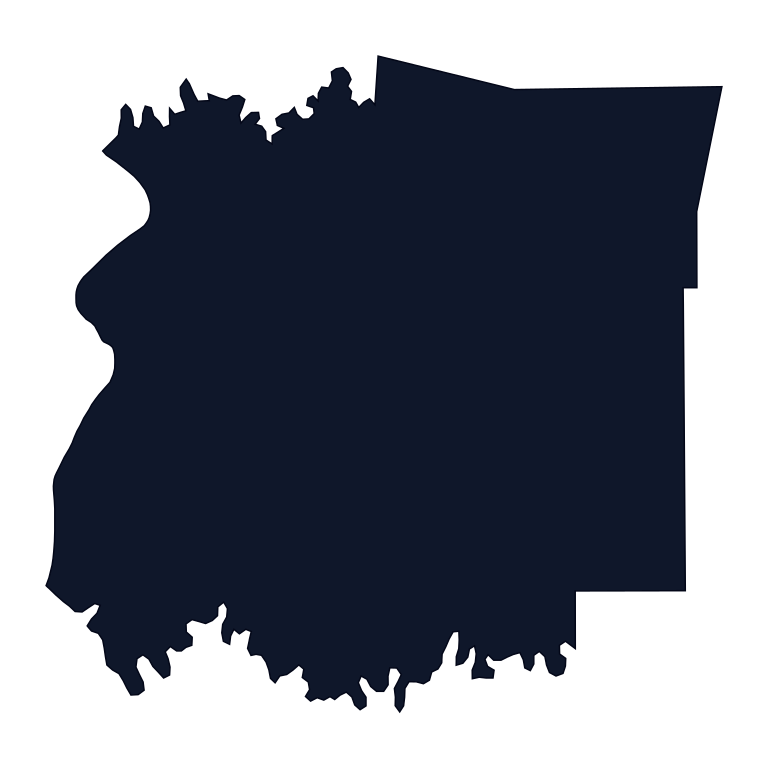 El Dorado, Misiones, Argentina
{"feature_id": "61730980B34474057540122", "entity_name": "El Dorado", "entity_type": "district", "adm_level": 2, "iso_a3": "ARG", "parent_name": "Argentina", "parent_adm1": "Misiones", "projection": "equal_earth", "projection_center": [-54.53, -26.321], "detail": "fine", "context": "isolated", "style": "filled", "palette": "ink", "viewbox_px": 768, "rotation_deg": 0, "n_neighbors": 0, "source": "geoboundaries", "source_scale": "gbopen_adm2", "svg_char_len": 5340}
<svg xmlns="http://www.w3.org/2000/svg" viewBox="0 0 768 768"><path d="M575.3,648.6L575.2,590.9L580.1,590.9L582.0,590.9L685.3,590.7L684.0,399.2L683.3,304.6L683.1,287.7L696.9,287.7L696.7,211.6L719.4,99.0L721.9,86.7L514.4,89.6L378.1,56.1L377.6,64.2L376.4,82.1L374.9,104.8L369.6,98.8L363.7,102.3L358.7,107.5L355.7,102.1L350.5,99.6L350.2,99.5L351.3,92.7L351.5,91.4L348.6,87.6L347.6,86.2L349.9,81.6L351.0,79.4L348.2,72.9L343.0,67.6L336.2,68.8L331.4,72.0L332.4,80.8L328.7,88.0L321.7,87.1L318.4,93.3L318.1,101.0L313.0,95.8L308.0,98.4L306.8,105.4L309.6,106.4L313.5,107.7L314.2,113.6L311.8,116.0L308.9,118.9L302.6,119.3L297.0,114.3L294.3,107.4L288.9,113.0L282.0,114.3L275.9,118.8L277.1,124.1L277.3,125.4L283.9,128.3L281.1,130.1L278.3,131.9L272.3,135.6L272.2,137.3L272.2,141.4L272.1,144.0L266.3,140.2L266.0,140.0L265.6,131.6L265.0,130.8L261.7,126.2L256.7,124.7L255.1,124.3L259.5,118.5L259.2,117.0L258.5,112.4L251.3,112.6L245.7,117.6L241.0,123.1L240.7,121.8L239.1,115.1L242.2,107.6L242.5,106.8L244.8,99.5L239.2,95.6L232.8,95.9L226.6,100.0L219.5,98.1L213.7,95.9L208.1,93.8L209.3,100.7L209.0,100.7L204.1,100.9L198.4,101.2L197.8,101.3L193.9,94.1L193.8,93.8L189.6,84.3L189.3,83.6L188.4,82.4L186.2,79.1L180.3,87.3L180.3,88.3L180.6,95.7L183.5,102.8L185.9,110.8L183.9,111.4L180.8,112.3L175.3,114.1L174.7,114.3L173.8,113.2L169.6,108.3L169.5,116.6L169.9,124.9L164.9,127.2L163.2,128.0L161.2,124.8L159.0,121.3L155.3,117.7L153.6,116.1L151.5,108.9L151.2,107.8L145.3,106.1L142.8,113.5L142.4,122.0L139.2,129.1L138.4,128.7L133.5,126.3L132.9,117.6L130.7,110.0L130.5,109.4L125.7,104.4L121.2,109.8L121.3,118.2L119.5,126.6L118.4,135.1L116.0,137.8L114.9,138.9L103.7,149.9L102.9,150.7L102.7,151.0L106.4,155.1L116.7,162.1L118.4,163.5L127.7,170.8L133.4,175.6L133.7,175.8L134.4,176.5L139.1,181.6L139.9,182.5L145.1,189.7L147.4,194.6L148.7,198.2L150.1,202.9L150.5,206.3L150.6,210.2L150.6,210.3L150.1,213.9L149.2,217.6L148.0,220.4L146.1,223.3L144.2,225.8L140.2,228.9L130.4,235.5L117.8,245.1L106.3,255.0L91.0,270.1L83.8,276.9L81.8,279.5L80.3,281.7L78.1,285.6L77.0,288.8L76.3,291.8L76.0,294.9L76.0,296.2L76.0,298.0L76.1,302.7L76.6,305.8L78.2,309.6L81.0,313.5L85.0,317.8L86.2,319.2L90.9,322.2L91.2,322.4L94.8,325.9L96.6,329.4L98.4,332.6L100.3,336.6L100.6,337.2L102.1,340.1L103.7,341.8L105.6,342.7L107.3,343.5L109.2,344.5L109.9,345.0L111.1,345.9L111.2,346.0L112.6,347.4L113.3,349.1L113.9,351.2L114.6,354.1L114.9,359.3L114.9,363.1L114.7,368.4L114.1,371.0L113.2,374.8L110.0,382.3L105.3,387.5L99.2,394.5L95.6,399.2L91.7,404.7L89.1,409.6L83.8,418.0L80.3,425.3L77.0,431.2L74.4,437.2L72.2,443.0L69.3,448.8L64.3,457.2L59.3,467.5L56.5,473.0L55.1,476.1L54.1,479.5L53.8,482.3L53.4,486.1L53.5,489.9L54.4,500.9L54.8,508.7L54.8,519.0L54.8,531.1L54.5,541.5L53.8,551.3L53.1,558.3L52.1,565.1L49.0,577.8L46.8,583.8L46.1,585.6L47.6,587.1L49.1,588.4L56.1,595.2L59.7,598.3L63.4,601.6L69.4,606.1L75.1,611.5L81.5,611.9L82.2,611.9L88.3,607.7L94.7,603.5L100.2,605.3L99.5,607.0L97.0,613.3L91.5,619.0L87.2,625.9L88.3,627.3L91.5,631.0L98.3,633.3L101.0,637.3L102.7,639.9L104.3,648.4L104.3,648.5L105.5,656.9L106.9,665.0L112.6,670.0L119.1,673.7L119.2,674.0L123.2,680.6L126.8,687.9L130.5,694.2L130.9,695.0L138.2,694.6L144.1,690.2L143.8,687.8L143.1,682.0L139.4,674.6L135.9,667.1L137.0,658.7L142.9,654.8L148.9,659.1L152.9,666.4L158.3,672.1L163.6,678.0L169.6,675.0L170.0,667.1L168.1,658.8L167.1,656.3L165.2,651.8L170.3,646.5L176.6,650.9L181.4,650.9L186.0,647.3L191.8,645.3L192.0,641.7L192.2,637.2L187.9,633.4L186.3,632.0L186.0,623.9L192.0,619.6L198.9,621.5L205.6,623.5L212.3,620.5L217.5,615.7L217.8,606.9L223.7,602.1L227.4,608.5L227.3,610.2L226.7,617.0L222.7,624.3L221.8,632.8L223.4,641.3L226.3,642.7L229.6,644.3L230.6,636.0L233.9,629.3L239.4,633.8L245.8,629.3L251.3,631.5L249.4,639.5L249.4,639.9L247.6,648.4L250.6,654.5L251.0,655.4L256.0,654.3L261.5,655.3L262.7,657.1L263.0,657.5L266.1,662.1L268.9,669.9L270.5,678.4L275.1,682.8L279.8,675.9L286.7,674.5L292.9,670.1L298.8,664.9L303.8,669.1L302.9,674.4L302.3,677.5L306.8,680.9L308.3,682.0L309.6,689.7L307.2,693.6L305.5,696.5L310.6,701.1L317.0,697.8L317.2,697.7L323.8,700.1L330.0,696.6L334.7,699.5L340.1,695.1L346.3,692.1L351.9,697.0L354.5,704.3L354.8,705.0L355.5,705.6L360.1,709.7L366.0,705.9L366.0,701.6L366.0,697.2L363.0,692.8L361.5,690.5L358.3,682.7L361.1,676.0L366.9,679.2L370.7,686.5L376.5,691.3L383.7,691.3L388.1,684.8L388.0,676.1L389.8,667.8L396.8,668.0L401.3,674.6L400.8,675.7L398.2,681.3L394.4,688.5L395.4,697.1L395.2,705.7L399.0,710.9L399.7,711.9L403.6,705.8L404.6,697.2L404.9,688.4L409.0,681.7L416.3,681.8L423.4,683.7L429.4,680.2L431.7,672.0L437.9,669.0L441.7,662.8L441.8,660.7L441.8,659.6L442.1,654.1L445.8,646.7L449.1,639.0L453.1,631.8L458.9,631.2L459.0,635.1L459.2,640.0L458.8,648.6L456.3,656.7L456.3,660.4L456.2,665.2L462.9,663.2L467.8,657.1L469.4,649.0L474.5,645.8L475.5,650.2L476.2,653.8L475.3,662.4L472.2,670.1L472.3,678.7L475.1,678.1L479.2,677.2L486.3,678.0L493.0,678.0L493.9,671.4L494.1,670.2L491.5,668.7L487.6,666.4L484.9,659.3L488.1,654.7L493.7,660.2L501.0,660.2L506.6,657.4L506.9,657.2L513.1,654.5L519.9,652.6L523.3,659.7L523.4,660.2L524.8,667.9L525.4,668.2L530.3,670.6L533.8,664.0L533.8,655.3L539.3,651.4L544.9,656.6L546.0,662.1L546.5,664.9L549.5,672.5L551.0,673.3L556.0,676.0L563.0,673.4L565.4,666.1L565.7,659.1L565.7,658.4L564.9,657.8L559.6,654.0L559.4,645.3L565.5,641.2L575.3,648.6Z" fill="#0f172a" stroke="#020617" stroke-width="1.5"/></svg>